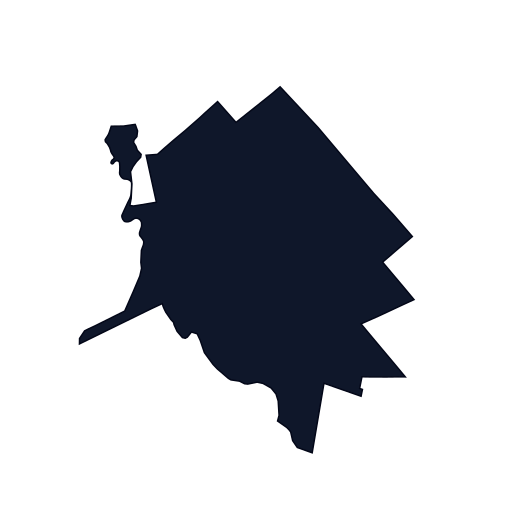 the district of Bujoru, Teleorman, Romania, rotated 19°
{"feature_id": "2599482B24334179401508", "entity_name": "Bujoru", "entity_type": "district", "adm_level": 2, "iso_a3": "ROU", "parent_name": "Romania", "parent_adm1": "Teleorman", "projection": "orthographic", "projection_center": [25.545, 43.726], "detail": "fine", "context": "isolated", "style": "filled", "palette": "ink", "viewbox_px": 512, "rotation_deg": 19, "n_neighbors": 0, "source": "geoboundaries", "source_scale": "gbopen_adm2", "svg_char_len": 2756}
<svg xmlns="http://www.w3.org/2000/svg" viewBox="0 0 512 512"><g transform="rotate(19 256 256)"><path d="M346.6,158.3L345.0,157.3L339.4,154.0L273.0,114.4L223.7,88.2L217.8,98.2L193.6,136.2L169.4,122.5L161.0,137.6L157.7,143.8L147.8,161.1L140.4,173.3L134.4,183.6L129.7,192.0L119.3,196.5L144.3,237.6L130.9,244.9L123.9,248.6L120.3,249.3L119.2,242.1L115.2,228.2L109.9,217.1L110.6,211.5L112.3,205.8L114.8,200.2L114.3,197.3L109.3,194.6L106.8,191.4L103.8,188.9L103.2,188.4L102.9,185.9L104.5,181.9L103.3,176.3L100.9,173.3L99.8,171.9L98.9,170.9L97.5,171.6L88.4,176.3L76.9,180.4L77.0,186.8L76.9,188.9L76.5,191.0L76.0,192.9L75.6,194.6L75.5,195.1L75.7,195.7L76.1,196.4L76.5,197.0L77.3,197.4L78.4,197.9L79.5,198.7L82.1,200.9L83.8,203.0L84.9,204.7L86.4,206.1L88.6,207.7L89.5,208.4L89.8,209.1L89.9,209.9L89.6,210.9L88.8,212.0L88.5,213.0L88.4,213.8L88.4,214.6L88.5,215.0L88.9,215.5L89.4,215.7L89.9,215.7L90.3,215.6L90.7,215.2L91.0,214.7L91.2,214.0L91.5,213.1L92.0,212.4L92.6,211.7L93.3,211.2L93.8,211.1L94.5,211.1L95.0,211.1L95.4,211.2L96.0,211.5L96.3,211.9L96.7,212.5L98.1,215.7L99.4,219.7L99.9,221.7L100.5,223.0L101.7,224.2L102.7,225.0L104.0,225.7L105.1,226.0L106.2,226.1L108.6,225.5L110.1,225.3L111.5,225.5L112.6,225.8L113.6,226.3L114.3,227.0L114.8,228.0L115.5,230.0L116.3,232.7L117.7,238.4L118.0,239.9L118.0,241.7L117.9,243.3L117.4,246.8L116.9,251.5L116.4,256.3L116.1,259.9L116.0,260.7L116.0,261.3L116.2,262.1L116.8,263.2L118.0,264.6L119.0,265.3L120.1,266.0L120.9,266.1L121.7,266.0L122.9,265.7L124.3,265.1L126.1,263.7L128.1,261.0L129.0,260.0L130.0,259.4L131.3,259.0L132.6,259.0L133.8,259.3L134.8,259.7L135.7,260.4L136.8,261.5L137.6,263.5L138.1,265.0L138.2,266.6L138.2,270.1L138.3,272.0L138.6,273.0L139.1,274.0L139.7,274.7L141.2,275.6L143.4,277.1L144.8,278.4L145.3,279.3L145.6,280.4L145.9,282.1L145.8,285.8L145.8,288.0L149.2,299.5L151.8,304.9L152.7,312.8L151.5,330.3L149.8,350.8L126.6,374.4L121.3,379.5L118.3,382.6L116.0,391.4L117.7,396.6L170.6,343.5L174.4,339.7L182.9,331.5L183.6,332.4L183.9,332.9L184.6,333.9L186.5,336.0L189.0,338.5L196.2,343.8L199.5,345.5L199.8,345.8L200.0,346.1L200.9,347.6L205.9,352.9L213.0,357.1L215.9,356.8L217.5,355.1L219.7,348.9L225.7,348.7L230.8,354.0L238.7,364.2L250.7,372.5L256.3,375.4L269.7,380.7L272.6,381.3L281.2,379.7L286.8,380.5L289.9,379.8L298.2,374.9L304.1,374.2L313.3,375.9L319.9,380.0L324.2,385.9L329.7,399.2L330.1,405.0L340.9,408.1L343.7,409.5L346.1,411.1L350.8,418.7L357.4,423.6L373.2,423.8L361.7,354.2L401.0,354.4L400.1,347.5L397.1,347.5L395.5,335.7L404.7,332.7L419.3,327.7L429.1,324.2L436.5,321.7L424.5,314.4L403.5,301.8L385.6,291.0L377.4,286.0L392.5,271.9L411.0,254.0L419.6,245.8L406.9,238.1L390.2,228.1L377.7,220.6L385.6,207.0L397.5,186.7L372.3,172.1L346.6,158.3Z" fill="#0f172a" stroke="#020617" stroke-width="1.5"/></g></svg>